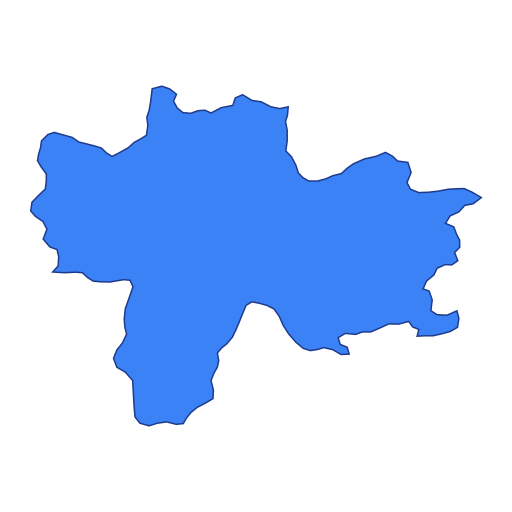 Ubaporanga, Minas Gerais, Brazil (Albers equal-area conic projection)
{"feature_id": "56859067B21138339799790", "entity_name": "Ubaporanga", "entity_type": "district", "adm_level": 2, "iso_a3": "BRA", "parent_name": "Brazil", "parent_adm1": "Minas Gerais", "projection": "albers", "projection_center": [-42.065, -19.667], "detail": "fine", "context": "isolated", "style": "filled", "palette": "blue", "viewbox_px": 512, "rotation_deg": 0, "n_neighbors": 0, "source": "geoboundaries", "source_scale": "gbopen_adm2", "svg_char_len": 2506}
<svg xmlns="http://www.w3.org/2000/svg" viewBox="0 0 512 512"><path d="M183.3,423.6L186.4,418.1L190.8,412.6L197.1,407.4L205.9,402.8L213.0,398.6L213.4,389.9L211.0,380.6L214.0,373.0L217.3,367.3L218.7,360.9L217.4,352.9L221.5,348.1L226.9,343.7L232.3,337.3L235.6,330.5L238.7,323.3L242.3,314.4L246.1,305.3L251.9,301.8L259.0,303.2L266.7,305.3L274.1,309.0L279.1,316.1L283.4,325.7L288.5,333.7L295.9,342.2L303.1,348.3L310.2,350.6L317.6,349.5L323.9,347.6L332.8,349.7L341.1,354.5L349.2,354.1L347.1,347.2L340.2,344.4L338.2,337.6L345.3,333.4L355.7,334.4L362.4,331.9L370.9,331.9L379.9,328.0L388.8,323.9L398.8,324.1L408.7,321.4L412.6,326.9L418.8,329.4L417.1,336.2L424.2,335.8L433.0,335.8L442.3,333.7L450.2,331.5L457.5,327.3L458.9,318.4L456.9,310.8L447.0,315.2L437.0,314.7L430.9,310.7L432.2,299.9L429.2,291.1L423.1,288.9L426.5,281.1L433.9,274.9L437.1,268.3L445.1,264.6L451.8,264.9L457.8,260.7L454.6,252.5L459.7,247.3L459.6,240.2L456.5,234.1L453.8,226.9L445.5,223.4L450.1,215.9L458.9,211.9L464.7,205.4L473.1,203.8L481.3,197.6L472.1,192.2L464.3,188.6L457.6,188.7L448.5,189.2L438.4,191.1L429.0,192.2L418.8,192.6L410.4,189.2L407.0,182.5L411.1,172.5L407.9,162.4L397.5,161.0L392.2,156.0L385.5,152.4L376.2,156.3L364.5,158.9L353.4,163.8L347.3,168.1L341.3,173.6L332.8,175.7L325.6,178.9L317.6,181.0L308.8,181.0L303.0,177.7L298.4,173.1L295.9,165.3L291.6,156.9L285.8,150.9L287.2,140.9L287.2,130.1L285.5,121.6L287.5,115.1L288.2,106.8L279.9,108.6L270.9,106.8L261.2,101.8L251.9,100.4L242.6,94.7L235.3,97.9L232.8,105.4L221.1,107.7L211.0,113.0L204.8,110.2L198.1,110.7L190.7,113.3L182.9,112.6L177.2,108.0L173.5,101.1L176.5,94.3L169.8,89.0L162.0,86.2L152.2,88.7L150.6,101.8L149.1,110.5L146.8,117.3L147.8,125.3L146.5,135.2L140.3,139.1L134.3,142.3L128.3,147.7L118.5,153.2L112.1,156.4L106.7,153.1L101.3,148.0L94.5,145.9L86.4,143.9L78.9,142.0L72.2,137.4L62.8,134.8L54.3,132.4L47.9,134.5L41.5,140.9L40.5,147.8L38.6,154.2L37.5,160.6L40.9,166.5L46.3,174.0L46.3,181.4L45.3,189.0L38.6,195.4L32.0,202.2L30.7,210.9L35.2,216.2L43.0,221.6L46.9,229.2L43.2,239.1L49.9,247.0L57.0,249.5L58.7,256.7L58.1,266.0L52.7,272.0L64.1,272.7L75.7,272.2L82.4,272.7L87.8,277.7L93.2,281.1L100.3,281.8L110.0,282.0L116.2,280.9L123.6,279.7L130.0,280.2L133.0,286.8L129.4,297.1L125.3,308.7L124.2,319.3L124.9,327.3L126.6,334.1L122.5,342.9L116.9,349.9L113.5,358.4L116.9,367.3L125.3,372.1L132.7,380.6L133.3,392.7L133.7,399.6L134.1,406.4L135.0,416.9L139.9,423.2L149.0,425.8L157.4,423.2L166.7,421.9L176.2,424.3L183.3,423.6Z" fill="#3b82f6" stroke="#1e3a8a" stroke-width="1.5"/></svg>